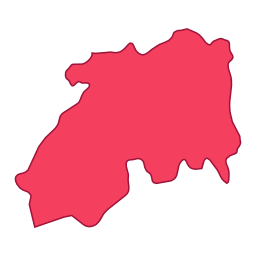 map outline of Médéa (Mercator projection)
{"feature_id": "DZA-2213", "entity_name": "Médéa", "entity_type": "Province", "adm_level": 1, "iso_a3": "DZA", "parent_name": "Algeria", "parent_adm1": "", "projection": "mercator", "projection_center": [2.97, 35.965], "detail": "fine", "context": "isolated", "style": "filled", "palette": "rose", "viewbox_px": 256, "rotation_deg": 0, "n_neighbors": 0, "source": "natural_earth", "source_scale": "10m", "svg_char_len": 2497}
<svg xmlns="http://www.w3.org/2000/svg" viewBox="0 0 256 256"><path d="M29.3,204.5L31.1,195.9L30.1,194.1L28.2,192.1L22.8,189.9L20.1,188.1L17.1,184.4L15.7,181.2L15.4,178.5L16.0,176.5L17.8,174.7L20.2,173.7L22.9,173.2L25.7,172.0L28.1,169.9L38.8,146.7L45.4,137.8L55.1,128.5L57.1,125.8L58.4,123.3L59.5,118.8L60.2,116.3L61.3,114.7L62.6,113.3L78.5,102.9L79.9,100.5L81.9,95.5L83.8,92.0L88.8,87.4L89.5,85.5L89.3,84.1L88.4,83.4L87.2,83.0L81.9,83.0L79.4,81.6L78.3,81.7L77.2,82.3L73.9,85.3L73.0,85.8L72.4,85.8L72.0,85.6L71.6,85.2L70.4,83.7L69.7,82.0L68.8,80.5L66.3,78.3L65.9,77.4L65.5,75.9L65.6,72.9L66.2,71.2L67.2,69.9L69.2,68.0L70.6,65.9L71.6,64.9L73.0,64.3L82.3,64.1L85.0,63.1L87.5,61.4L90.1,58.8L91.4,56.7L92.0,55.3L92.1,53.0L95.6,53.4L110.7,52.1L114.1,52.6L117.1,52.6L120.3,51.8L122.7,50.2L124.9,48.3L128.4,44.4L130.1,43.1L132.2,43.5L133.5,45.4L134.8,48.3L136.4,51.2L138.8,53.4L141.3,54.6L143.3,54.8L145.1,54.2L147.7,52.8L152.0,49.3L159.4,44.5L164.8,42.4L168.7,40.5L171.8,37.5L172.9,35.3L173.6,33.1L174.9,31.8L177.5,30.6L181.3,30.3L187.1,28.9L196.1,32.8L199.2,34.8L202.1,37.8L205.7,42.6L208.4,44.5L210.2,44.9L212.4,42.3L213.8,41.1L218.8,39.0L220.2,38.6L221.6,38.6L225.3,40.1L227.2,40.5L228.7,41.6L229.4,43.7L229.5,47.5L229.9,50.8L232.6,55.6L232.9,57.6L231.8,59.5L228.9,62.3L228.2,63.4L228.1,65.3L228.4,68.6L230.8,76.3L231.4,79.9L231.5,85.2L229.7,101.7L229.6,106.7L230.0,112.0L232.3,121.8L239.8,136.2L239.9,138.5L240.6,142.5L240.2,144.2L239.4,146.0L237.3,148.9L236.8,152.3L235.9,153.3L229.9,155.7L226.4,158.6L225.8,160.8L226.2,163.5L228.0,168.0L228.7,170.6L229.0,173.5L228.8,179.7L228.1,182.2L226.8,183.3L223.8,180.9L222.0,178.9L220.6,176.5L219.1,173.3L217.2,169.8L209.9,160.0L208.1,158.7L206.6,158.2L205.1,159.3L204.1,160.5L201.8,168.5L195.3,169.2L193.0,168.8L190.6,167.9L188.9,166.3L187.6,164.3L185.7,160.3L184.4,159.5L182.8,159.8L180.7,161.9L179.0,165.0L176.8,175.0L175.5,177.6L173.9,179.2L171.1,180.8L156.4,183.4L153.9,182.7L152.5,181.3L151.4,176.3L150.7,174.5L149.8,173.4L146.9,171.3L145.8,169.6L144.9,167.5L143.8,163.0L143.0,161.0L141.0,159.2L137.8,158.5L133.2,159.6L130.5,159.8L128.5,160.2L127.2,160.9L126.2,163.0L126.2,165.8L126.8,168.6L128.2,173.8L128.4,175.7L128.1,179.4L128.2,181.0L128.8,186.5L128.8,189.1L128.4,191.3L127.6,193.0L126.0,194.9L108.0,209.2L105.3,211.9L103.5,214.0L102.8,215.2L100.2,219.8L98.4,222.2L96.1,224.4L93.7,225.7L91.0,226.5L88.4,226.6L85.8,225.9L83.6,224.7L72.0,215.6L71.7,215.5L64.1,217.0L34.8,227.1L29.3,204.5Z" fill="#f43f5e" stroke="#9f1239" stroke-width="1.5"/></svg>